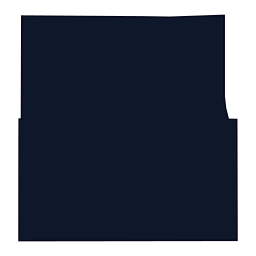 Morrill, Nebraska, United States of America (orthographic projection)
{"feature_id": "52423323B72555091865360", "entity_name": "Morrill", "entity_type": "district", "adm_level": 2, "iso_a3": "USA", "parent_name": "United States of America", "parent_adm1": "Nebraska", "projection": "orthographic", "projection_center": [-102.933, 41.721], "detail": "fine", "context": "isolated", "style": "filled", "palette": "ink", "viewbox_px": 256, "rotation_deg": 0, "n_neighbors": 0, "source": "geoboundaries", "source_scale": "gbopen_adm2", "svg_char_len": 300}
<svg xmlns="http://www.w3.org/2000/svg" viewBox="0 0 256 256"><path d="M224.2,15.4L218.2,15.6L169.7,17.3L143.1,16.9L21.8,16.1L21.5,119.1L19.2,119.1L19.1,136.7L19.0,240.6L237.0,240.3L236.7,119.5L228.3,119.4L225.5,108.0L224.2,96.3L224.2,15.4Z" fill="#0f172a" stroke="#020617" stroke-width="1.5"/></svg>